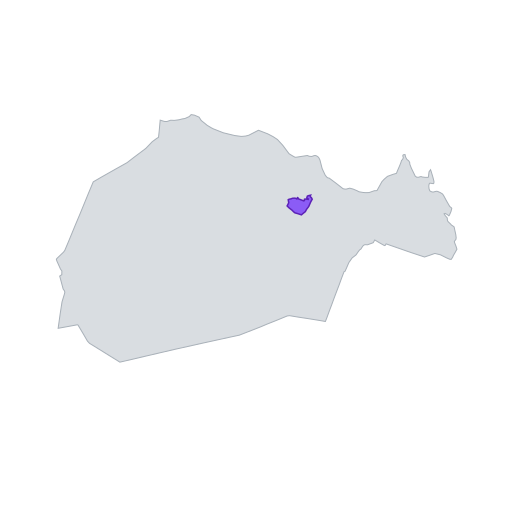 Bérmo, Maradi, Niger (highlighted), rotated 200°
{"feature_id": "23599985B15241034776795", "entity_name": "Bérmo", "entity_type": "district", "adm_level": 2, "iso_a3": "NER", "parent_name": "Niger", "parent_adm1": "Maradi", "projection": "albers", "projection_center": [6.974, 15.013], "detail": "fine", "context": "in_parent", "style": "filled", "palette": "violet", "viewbox_px": 512, "rotation_deg": 200, "n_neighbors": 0, "source": "geoboundaries", "source_scale": "gbopen_adm2", "svg_char_len": 3937}
<svg xmlns="http://www.w3.org/2000/svg" viewBox="0 0 512 512"><g transform="rotate(200 256 256)"><path d="M392.5,350.9L388.1,351.1L385.7,351.9L382.6,354.4L379.1,355.5L374.9,357.7L372.3,359.5L369.8,360.9L366.4,364.2L365.3,366.7L361.9,367.3L357.0,367.0L353.8,364.6L346.6,362.1L342.0,361.2L339.8,360.9L328.9,360.6L317.3,361.9L311.3,363.2L310.3,363.5L306.9,365.1L304.2,366.9L296.7,375.0L286.7,374.8L280.8,374.0L275.7,372.8L268.6,369.1L259.9,363.4L256.5,362.7L253.5,362.2L252.5,362.3L242.1,368.0L240.1,367.9L237.6,368.6L236.0,370.0L234.8,370.7L233.6,370.8L231.9,370.5L230.3,369.6L228.7,368.0L224.4,361.7L223.6,360.6L221.7,358.7L218.7,355.7L216.6,354.4L215.3,354.0L213.8,354.2L205.5,351.7L197.2,349.0L195.3,349.3L194.0,349.8L191.1,351.8L187.7,352.1L183.4,351.9L181.1,351.6L177.2,352.3L174.7,353.0L171.4,354.3L167.0,357.9L165.8,358.3L164.7,358.9L163.1,368.9L161.9,371.8L159.7,375.8L155.3,379.5L152.3,381.7L152.2,384.8L151.9,389.8L151.8,393.3L151.9,395.6L151.4,396.6L151.2,397.6L151.3,399.1L152.0,399.8L152.4,400.7L152.2,401.5L150.7,402.3L149.2,400.1L147.3,398.4L145.1,397.7L143.6,396.5L142.9,394.9L140.1,391.7L133.6,385.4L132.9,385.3L131.9,385.0L130.0,385.7L128.8,386.7L128.0,387.1L126.8,387.1L123.7,387.8L121.1,388.8L121.1,389.6L122.2,394.3L121.5,396.8L120.5,395.6L116.9,390.8L114.5,387.3L114.1,386.5L113.8,385.3L114.0,384.7L115.0,384.4L117.3,384.0L117.8,383.6L117.9,382.7L117.6,380.9L116.4,378.4L115.1,376.8L114.3,376.5L113.0,376.4L111.5,376.6L108.7,378.5L107.4,378.8L104.5,378.6L102.0,378.1L100.5,377.1L95.9,373.0L90.9,368.8L88.8,368.1L88.3,367.7L88.0,364.5L88.2,360.7L88.5,359.7L90.6,360.4L92.9,360.7L93.7,360.0L91.9,358.6L89.3,357.2L88.4,355.1L87.7,354.3L86.5,353.6L85.2,353.1L83.9,352.5L82.9,351.9L81.4,351.6L79.8,351.1L77.6,347.6L75.5,344.3L74.2,341.7L73.8,340.1L74.6,337.5L73.9,336.4L71.5,333.7L69.5,331.1L70.1,327.3L70.7,324.1L70.8,322.0L71.1,320.9L71.4,319.6L72.8,319.2L76.3,319.4L83.1,320.2L88.6,319.6L88.9,319.5L92.9,316.2L97.3,312.7L103.7,312.5L110.6,312.3L116.1,312.2L124.1,312.1L130.5,312.0L137.9,311.9L138.2,310.2L138.6,309.8L139.4,309.8L144.8,310.7L149.9,311.7L150.4,308.6L155.0,304.7L157.5,303.9L158.2,303.3L159.0,301.9L159.5,299.9L159.8,298.4L160.7,297.2L161.4,295.0L162.4,291.2L165.0,287.1L166.5,281.6L166.8,276.2L167.1,272.1L167.9,271.3L168.0,264.1L168.0,256.8L168.1,250.7L168.2,243.0L168.2,236.3L168.3,229.1L168.3,222.6L168.4,218.2L173.5,217.3L178.8,216.3L186.6,214.8L195.0,213.1L204.1,211.4L206.2,210.3L213.1,204.0L216.2,201.2L222.4,195.7L227.1,191.3L233.2,185.9L239.6,180.3L244.6,175.9L252.6,170.9L264.6,163.3L276.6,155.7L288.5,148.1L300.4,140.5L312.2,132.8L324.0,125.1L335.8,117.4L347.6,109.7L359.6,112.2L371.0,114.6L382.6,117.0L385.3,118.4L391.5,123.6L399.6,130.2L399.9,130.2L400.3,130.3L407.6,126.0L417.2,120.4L420.2,134.5L422.6,146.6L423.0,154.4L423.2,156.4L424.0,157.7L425.9,159.0L433.6,170.0L432.1,172.0L433.3,175.5L435.3,176.9L441.6,183.4L442.5,184.7L442.2,185.7L438.2,193.8L437.6,195.8L437.1,205.9L436.8,213.0L436.4,222.8L435.8,234.6L435.4,244.5L434.9,257.6L434.3,270.0L428.4,277.1L417.8,289.5L409.1,299.6L404.8,306.4L396.3,319.5L392.6,327.9L389.7,332.3L388.2,334.2L389.7,340.3L392.5,350.9Z" fill="#d9dde1" stroke="#a8b0b8" stroke-width="1"/><path d="M223.1,325.4L222.6,328.6L223.5,329.4L223.9,329.8L224.7,330.0L225.3,330.5L225.5,330.9L225.5,331.8L226.1,331.3L226.6,331.2L228.2,329.9L228.2,328.2L228.0,327.9L227.4,327.7L226.3,327.5L226.3,327.0L227.8,326.8L228.8,326.5L229.9,326.0L229.9,325.7L229.5,325.1L229.6,324.5L230.0,324.1L234.1,324.2L234.9,324.2L235.5,324.2L236.6,325.1L236.9,325.1L237.0,324.6L236.9,323.8L237.1,323.6L238.4,323.8L239.7,323.5L240.6,323.1L241.7,322.6L242.1,322.1L242.6,321.7L243.6,321.1L244.5,320.5L245.0,319.9L243.5,317.3L243.5,316.8L243.6,315.9L243.8,314.3L243.9,313.7L241.6,312.6L237.9,311.4L236.2,310.6L234.5,309.9L233.9,309.9L233.6,309.9L231.1,310.1L227.4,310.2L226.4,312.0L224.8,314.6L224.5,317.0L223.4,320.5L223.1,325.4Z" fill="#8b5cf6" stroke="#5b21b6" stroke-width="1.5"/></g></svg>